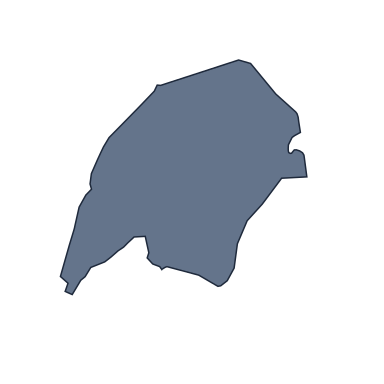 Rabak, White Nile, Sudan, rotated 203°
{"feature_id": "16777658B74989991978894", "entity_name": "Rabak", "entity_type": "district", "adm_level": 2, "iso_a3": "SDN", "parent_name": "Sudan", "parent_adm1": "White Nile", "projection": "orthographic", "projection_center": [32.773, 13.435], "detail": "fine", "context": "isolated", "style": "filled", "palette": "slate", "viewbox_px": 384, "rotation_deg": 203, "n_neighbors": 0, "source": "geoboundaries", "source_scale": "gbopen_adm2", "svg_char_len": 1096}
<svg xmlns="http://www.w3.org/2000/svg" viewBox="0 0 384 384"><g transform="rotate(203 192 192)"><path d="M265.8,276.8L266.0,272.9L266.1,270.1L273.9,249.6L283.7,224.6L289.6,209.7L291.1,198.9L291.4,191.7L291.6,185.3L291.8,169.6L289.0,159.6L285.6,155.3L288.5,147.8L290.0,134.0L286.9,117.0L286.1,112.8L285.8,110.6L284.2,95.6L282.6,82.7L280.1,62.8L270.5,59.6L269.9,50.9L262.2,50.8L259.9,67.3L257.3,72.3L255.7,83.0L245.0,93.6L241.2,100.4L237.0,109.1L233.4,114.6L231.2,120.2L227.7,128.0L217.7,132.9L208.0,119.2L207.5,113.8L200.0,110.4L192.6,110.7L189.6,108.9L189.6,109.0L189.2,109.5L187.3,112.2L185.9,113.5L153.3,118.1L131.3,115.3L128.9,116.9L124.9,124.1L123.5,138.4L130.0,162.1L130.0,187.1L122.6,208.3L114.9,239.7L92.2,250.8L102.1,267.6L103.4,269.7L105.6,271.3L108.9,271.9L112.4,271.6L114.3,270.7L114.8,269.1L115.5,266.6L116.7,265.9L118.4,266.1L119.5,267.6L120.5,269.8L121.7,273.1L121.2,281.3L119.5,284.1L115.5,289.2L121.1,298.2L123.5,302.3L125.8,305.0L127.8,306.2L153.1,314.9L188.3,333.2L200.7,331.7L255.4,284.1L262.5,277.9L265.8,276.8Z" fill="#64748b" stroke="#1e293b" stroke-width="1.5"/></g></svg>